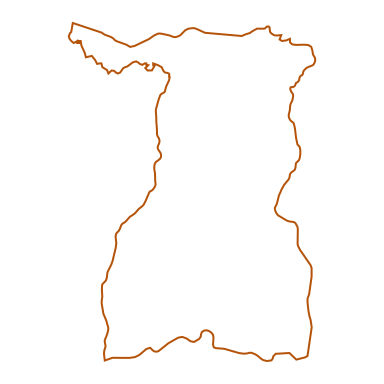 map outline of Surin (Natural Earth projection)
{"feature_id": "THA-443", "entity_name": "Surin", "entity_type": "Province", "adm_level": 1, "iso_a3": "THA", "parent_name": "Thailand", "parent_adm1": "", "projection": "natural_earth1", "projection_center": [103.631, 14.911], "detail": "fine", "context": "isolated", "style": "outline", "palette": "amber", "viewbox_px": 384, "rotation_deg": 0, "n_neighbors": 0, "source": "natural_earth", "source_scale": "10m", "svg_char_len": 4758}
<svg xmlns="http://www.w3.org/2000/svg" viewBox="0 0 384 384"><path d="M244.0,353.7L239.2,353.1L224.3,348.8L215.7,348.1L213.8,347.3L213.0,344.6L213.5,337.6L212.9,334.6L211.4,332.7L209.3,331.2L206.8,330.3L204.3,330.5L201.8,332.1L201.1,334.3L200.7,336.7L199.1,339.0L193.9,342.0L190.2,341.1L186.8,338.6L182.3,336.9L178.1,337.7L168.3,343.3L158.8,350.9L156.9,351.7L154.3,351.4L152.3,350.0L151.0,348.5L150.1,347.8L146.4,349.0L139.4,354.9L135.0,357.1L129.6,357.9L112.5,357.8L104.8,360.5L104.8,360.4L104.0,354.2L104.1,352.2L104.4,350.1L105.5,346.8L105.4,345.0L104.8,342.1L104.7,340.6L105.3,338.7L106.2,336.8L107.6,332.7L108.1,330.4L108.3,328.6L108.2,327.4L106.2,320.4L103.4,313.7L101.7,303.7L101.7,300.7L102.3,296.7L101.9,289.8L102.0,286.7L102.2,284.7L102.7,283.9L105.2,281.3L105.8,280.6L106.2,279.6L106.7,278.3L107.4,272.9L107.7,271.7L111.2,264.8L112.6,260.9L115.7,247.9L116.3,243.3L115.6,236.7L115.8,235.1L116.1,233.8L117.3,232.3L118.6,231.1L120.0,228.6L121.0,225.7L121.8,224.4L122.7,223.5L124.3,222.6L125.0,222.1L125.7,221.5L129.3,217.4L129.9,216.8L134.4,213.8L135.7,212.5L138.6,209.1L142.1,206.3L143.3,205.1L143.7,204.6L145.4,201.4L149.2,192.5L150.2,191.3L151.0,191.0L152.1,190.3L153.2,189.2L154.7,187.0L155.3,185.5L155.6,184.1L155.2,180.7L155.0,173.3L154.3,169.3L154.3,166.6L154.5,165.1L154.8,163.8L155.3,162.9L155.8,162.1L156.5,161.5L158.1,160.4L160.3,158.5L160.9,157.2L161.1,156.0L161.0,154.9L160.8,153.9L160.5,153.0L159.5,151.4L158.8,150.5L158.3,149.6L157.6,147.8L157.9,146.2L158.8,144.1L159.3,142.6L159.5,141.3L159.4,140.1L159.1,139.0L158.8,138.1L157.8,136.6L157.4,135.7L157.1,134.7L157.0,133.6L156.9,128.7L156.3,121.5L156.3,117.8L155.8,110.7L156.2,108.3L158.6,99.7L160.2,95.3L161.4,93.9L163.8,92.6L164.7,91.9L164.9,91.3L165.8,87.8L166.5,85.8L169.0,80.4L169.7,77.0L169.1,76.7L169.1,75.6L169.4,74.5L168.8,73.5L167.5,72.9L166.3,72.8L165.1,72.5L163.7,71.3L161.9,67.8L161.8,67.3L158.1,65.2L153.2,63.4L153.2,65.2L154.9,65.2L151.9,70.4L147.6,70.5L145.3,68.0L148.2,65.2L147.3,65.0L146.6,65.0L146.2,64.8L146.3,63.4L144.7,63.4L142.3,64.9L140.0,64.0L137.9,62.3L136.1,61.4L132.9,62.3L127.4,66.4L124.8,67.3L123.2,68.2L120.2,72.5L117.8,73.5L115.9,72.5L114.0,70.8L111.6,70.5L108.4,73.5L107.1,70.1L102.4,67.2L101.4,63.4L99.8,63.4L97.1,63.9L95.0,59.8L91.8,55.9L85.9,57.3L84.8,53.0L81.4,45.5L80.7,41.0L79.0,41.0L79.0,43.0L77.2,43.0L77.2,41.0L76.3,41.7L73.7,43.0L71.3,41.0L69.5,38.8L68.8,36.2L70.2,32.9L71.2,32.1L72.8,23.0L101.9,32.7L102.7,33.3L103.4,33.9L104.8,34.7L111.0,37.0L112.8,38.1L114.0,39.1L114.5,39.8L115.2,40.4L116.9,41.3L126.4,44.7L130.1,46.9L134.5,46.0L148.9,39.1L154.1,35.5L157.4,33.9L158.4,33.6L159.5,33.5L161.5,33.7L169.4,35.4L173.3,36.9L174.6,37.1L176.1,37.0L178.5,36.2L179.8,35.5L180.8,34.8L185.2,30.3L186.1,29.8L187.7,29.0L188.6,28.7L192.7,28.1L194.3,28.2L196.3,28.8L205.0,32.8L241.8,36.0L245.2,34.5L248.8,33.3L249.6,33.2L252.1,31.4L256.9,28.7L264.0,28.7L265.2,28.3L266.2,27.2L267.4,26.4L269.2,26.8L269.6,27.9L270.0,31.6L270.8,32.9L273.0,34.6L274.7,35.4L277.0,35.5L281.2,35.1L279.6,39.5L282.0,41.0L286.2,40.4L289.9,38.8L290.1,42.5L292.3,44.4L295.8,44.9L304.5,44.7L308.4,45.1L311.2,46.8L312.3,50.2L313.0,54.5L315.1,58.1L315.2,60.9L314.3,63.2L313.6,64.4L312.8,65.2L311.9,65.6L308.4,67.0L306.7,67.8L306.0,68.4L304.1,70.3L303.6,71.0L303.2,72.0L303.0,73.3L302.6,74.6L301.8,75.3L300.9,75.7L300.1,76.5L299.5,77.8L299.1,80.2L298.3,81.4L297.4,82.3L296.2,82.8L295.9,83.1L295.8,83.4L295.3,84.9L294.9,85.8L294.2,86.4L293.4,86.9L292.5,87.1L291.6,87.1L290.7,87.3L290.3,88.1L290.3,89.4L291.1,91.5L291.8,92.6L292.6,93.5L293.1,94.7L293.1,96.4L292.5,99.9L291.8,101.6L291.1,102.8L290.6,104.0L290.1,105.9L289.9,109.7L289.5,111.7L288.8,114.2L288.7,115.6L288.9,117.2L289.9,119.7L290.8,120.8L291.8,121.6L293.4,122.7L294.2,125.0L295.0,128.9L296.1,138.2L297.5,144.5L299.3,146.4L299.9,147.8L300.3,150.0L300.3,154.3L299.7,158.1L299.0,160.0L298.2,161.0L297.5,161.5L296.4,162.7L296.0,163.2L295.8,164.0L295.5,167.5L295.1,168.8L294.7,169.8L294.0,170.5L291.1,172.6L290.6,173.3L290.1,174.2L289.8,175.2L289.5,177.4L288.7,179.3L284.1,184.9L281.3,190.0L280.2,192.8L279.7,193.7L278.9,195.6L277.1,202.9L276.3,205.1L275.8,205.9L274.9,207.7L274.9,209.0L275.2,210.6L276.3,213.0L277.2,214.3L278.0,215.3L286.7,220.5L288.5,221.2L290.6,221.7L291.7,221.7L293.9,222.1L294.7,222.5L295.4,223.2L295.9,223.9L297.6,227.2L297.8,229.2L297.6,244.0L298.0,245.8L299.9,249.7L310.6,265.2L310.9,266.0L311.6,268.1L311.6,276.6L309.1,294.4L307.6,298.3L307.5,300.7L307.7,304.1L308.6,311.9L309.8,317.6L310.2,318.5L310.7,320.5L311.7,327.3L307.5,355.9L307.5,356.0L307.3,356.1L305.0,357.4L296.3,359.6L289.4,353.0L275.7,353.8L273.3,356.3L272.7,358.6L271.4,360.4L266.9,361.0L263.2,360.1L260.4,358.2L257.9,356.0L255.1,354.2L251.5,352.8L249.3,352.8L247.3,353.4L244.0,353.7Z" fill="none" stroke="#b45309" stroke-width="2"/></svg>